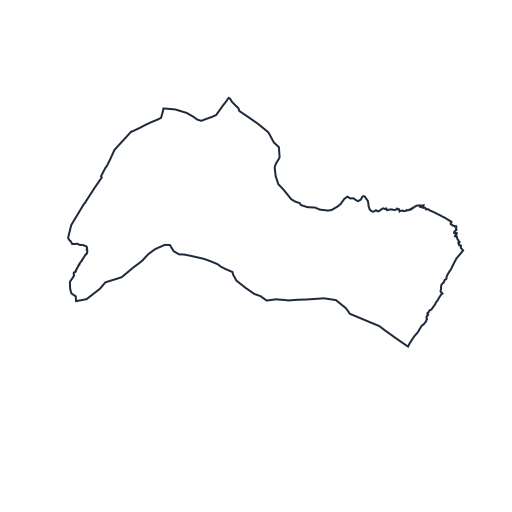 outline of Mountain Province, Mountain Province, Philippines, rotated 35°
{"feature_id": "2640588B69436428808540", "entity_name": "Mountain Province", "entity_type": "district", "adm_level": 2, "iso_a3": "PHL", "parent_name": "Philippines", "parent_adm1": "Mountain Province", "projection": "equal_earth", "projection_center": [121.216, 17.057], "detail": "fine", "context": "isolated", "style": "outline", "palette": "slate", "viewbox_px": 512, "rotation_deg": 35, "n_neighbors": 0, "source": "geoboundaries", "source_scale": "gbopen_adm2", "svg_char_len": 5754}
<svg xmlns="http://www.w3.org/2000/svg" viewBox="0 0 512 512"><g transform="rotate(35 256 256)"><path d="M95.6,188.2L97.1,191.8L99.0,197.4L96.8,201.2L93.2,206.9L90.4,211.7L87.7,217.0L82.7,225.8L82.4,225.8L79.2,250.3L80.1,255.1L81.1,260.5L82.3,268.4L82.0,269.7L83.3,279.5L84.6,280.1L84.7,293.2L85.3,308.5L85.4,308.9L85.5,310.7L85.2,311.9L86.9,336.6L91.7,349.0L93.9,350.0L96.0,350.3L98.6,351.6L100.9,349.9L102.8,348.3L104.8,348.2L108.2,346.2L111.7,345.4L112.8,346.1L112.9,346.3L113.0,346.3L113.2,346.5L113.3,347.2L113.5,347.5L113.7,347.8L113.9,348.0L114.0,348.0L114.0,348.3L114.3,348.4L114.5,348.2L114.8,348.4L114.9,348.7L115.3,349.1L115.4,349.5L115.6,350.1L115.8,350.3L116.0,350.5L115.9,350.8L115.8,351.1L115.8,351.4L115.8,351.5L116.0,352.0L115.8,352.5L115.5,352.9L115.5,353.2L115.6,353.5L115.7,354.0L115.8,357.8L115.7,358.2L115.7,358.6L115.8,358.8L116.0,359.0L116.1,359.5L116.0,360.0L116.0,360.3L115.8,360.8L115.9,363.8L116.0,364.1L116.2,364.3L115.9,364.6L116.1,365.2L116.0,365.3L116.0,365.5L116.1,365.8L116.1,366.4L116.3,366.7L116.3,367.2L116.4,367.6L116.4,368.1L116.4,368.4L116.5,369.0L116.7,369.4L116.7,370.1L116.7,370.3L116.6,370.7L116.6,371.0L116.9,371.5L117.0,371.9L117.1,372.0L117.3,372.1L117.3,372.3L117.3,372.5L117.2,372.8L116.9,373.1L116.6,373.3L116.4,373.8L116.4,374.4L116.4,374.5L116.8,374.9L117.0,375.3L117.5,375.8L117.9,376.0L118.2,376.3L118.3,376.6L118.2,377.2L118.2,377.4L118.3,377.6L118.4,383.9L122.1,388.9L124.4,391.1L126.4,392.5L129.3,392.5L131.4,392.4L134.5,396.2L142.0,388.5L147.0,372.2L147.7,364.0L158.1,350.5L162.3,335.1L164.1,329.8L165.5,325.1L166.7,316.3L169.4,308.4L171.1,305.4L173.4,301.7L174.8,299.3L179.1,296.4L185.8,299.3L192.0,298.8L196.3,296.0L203.2,293.0L215.0,288.2L222.0,286.3L229.4,284.7L233.3,284.9L238.9,284.1L246.0,282.6L247.8,284.3L254.1,287.4L265.6,288.1L276.5,288.0L282.8,286.3L290.0,286.4L290.5,286.2L297.0,280.2L304.5,275.7L308.1,273.8L314.5,268.5L321.9,263.0L335.9,251.7L346.7,246.3L359.7,247.2L366.1,249.5L397.2,242.7L404.9,243.0L417.9,243.1L425.4,243.1L432.5,243.0L431.9,239.0L431.7,231.0L432.3,225.9L431.7,218.2L432.6,215.8L432.6,213.9L432.8,212.3L432.7,211.7L432.5,211.2L432.4,211.0L432.3,210.8L432.4,210.5L432.4,210.3L432.4,209.7L432.1,209.5L430.8,208.5L430.6,208.0L430.5,207.6L430.4,207.1L430.4,206.8L430.6,206.7L430.4,206.3L430.4,206.2L430.5,206.2L430.7,205.2L430.3,204.9L430.0,205.1L429.9,205.1L429.7,204.9L429.4,204.3L429.2,204.3L429.2,204.1L429.4,203.6L429.6,202.7L429.6,202.2L429.3,201.2L430.4,199.1L430.4,195.7L430.4,195.2L430.5,193.1L430.1,191.4L430.2,187.8L430.1,187.0L429.9,185.6L429.8,182.4L429.8,181.0L430.3,179.9L429.7,179.6L428.5,179.6L427.2,178.9L427.0,178.0L426.6,176.8L425.7,176.0L424.4,173.2L424.6,170.9L425.0,170.0L424.3,167.5L424.6,166.6L425.0,166.1L425.0,165.2L424.3,164.4L423.7,162.5L423.3,157.5L423.3,154.8L422.9,152.8L422.3,148.6L421.6,143.2L422.5,132.7L419.0,131.8L417.9,129.9L416.9,130.2L416.4,130.6L416.2,130.7L415.8,130.2L414.6,129.6L414.6,129.3L414.7,128.9L414.9,128.5L414.9,128.0L414.8,127.8L414.5,127.8L414.1,128.6L413.9,128.6L413.6,127.8L413.2,127.2L412.9,127.0L412.7,126.9L412.3,126.9L411.7,126.8L411.2,126.5L410.2,125.7L409.7,125.1L409.3,124.9L408.8,125.1L408.6,125.1L408.2,125.3L407.8,125.7L407.6,125.7L407.3,125.2L407.7,123.6L407.8,122.8L407.6,122.4L407.3,122.1L406.5,122.4L406.1,122.8L405.6,123.2L405.1,123.5L404.7,122.9L404.6,121.2L405.0,120.4L405.3,119.8L404.7,119.2L404.1,118.9L403.9,118.1L403.5,117.2L402.6,116.8L401.7,117.9L401.1,117.7L400.7,117.7L400.3,117.9L399.9,118.2L399.5,118.2L399.1,118.1L397.8,118.0L397.6,118.1L397.3,118.3L397.1,118.2L396.9,117.9L396.5,117.1L396.5,116.8L396.7,116.3L396.6,116.0L396.5,115.9L396.1,115.8L395.9,115.8L395.7,116.0L389.5,116.3L381.3,117.4L375.8,118.2L372.6,118.9L372.1,119.0L371.8,119.0L371.1,118.9L370.3,118.9L369.5,119.4L369.3,119.5L369.1,119.9L368.9,120.2L368.7,120.3L368.4,120.3L368.1,120.3L367.8,120.1L367.5,119.9L367.3,119.6L367.1,119.6L366.6,119.5L366.4,119.6L365.8,120.0L365.6,120.2L365.6,120.4L365.3,120.6L365.0,120.8L364.6,120.9L364.3,120.8L364.2,120.6L364.1,120.4L364.1,120.1L364.3,119.2L364.3,118.4L364.2,118.2L363.9,118.4L363.7,118.8L363.8,119.4L363.8,119.6L363.7,119.7L363.5,119.8L362.8,119.8L362.5,119.9L362.5,120.1L362.5,120.4L362.7,120.6L362.8,121.2L362.7,121.4L362.6,121.6L362.3,121.7L362.1,121.6L361.8,120.6L361.7,120.4L361.4,120.4L360.1,121.4L358.6,122.8L358.3,123.4L357.8,124.6L357.6,125.3L357.3,126.2L356.8,126.5L356.7,127.1L356.4,127.5L356.6,128.2L356.4,128.8L355.8,128.8L355.5,129.9L355.1,130.0L354.5,131.2L354.0,131.6L353.5,131.9L353.2,131.9L353.2,132.6L352.5,133.2L352.1,133.8L351.4,134.4L351.0,134.6L350.0,134.7L349.3,135.4L348.5,136.2L348.0,136.3L347.9,137.0L346.1,135.7L345.5,136.3L344.3,136.3L344.3,137.2L343.8,138.1L343.0,138.9L341.5,139.7L340.8,139.8L339.8,140.4L339.2,141.2L338.2,141.8L337.2,143.3L336.7,143.3L336.1,142.8L335.3,142.4L334.5,143.7L333.1,143.9L332.5,144.4L331.9,145.9L331.3,148.1L330.0,149.7L328.6,149.6L328.0,149.7L327.0,152.1L326.4,152.6L324.8,153.0L322.5,152.7L319.6,150.6L318.0,148.6L315.8,146.6L313.4,145.9L311.1,144.9L309.6,145.4L309.1,146.7L309.5,149.7L308.2,152.5L305.8,152.9L302.8,152.8L300.1,154.8L296.9,154.9L295.6,158.5L295.5,164.8L294.5,168.6L291.5,175.0L291.3,175.2L288.9,177.5L281.7,181.4L276.7,182.4L270.1,186.5L263.6,188.5L261.4,187.6L257.2,188.9L252.4,189.3L240.2,185.8L233.1,184.4L226.2,179.2L220.8,173.1L220.1,171.8L219.8,170.6L219.4,169.0L219.3,168.2L219.0,163.4L218.7,161.6L213.5,155.2L212.3,153.7L205.6,152.8L195.2,147.6L182.1,146.6L171.1,146.6L159.2,146.8L156.8,145.0L151.9,144.3L149.8,143.8L147.9,143.5L146.5,142.9L145.1,142.2L144.0,142.0L143.0,142.1L142.9,143.3L142.9,146.8L142.6,151.9L142.5,163.4L139.7,168.0L136.5,172.4L133.7,176.6L129.9,177.9L124.2,177.9L117.0,178.6L105.7,182.3L95.6,188.2Z" fill="none" stroke="#1e293b" stroke-width="2"/></g></svg>